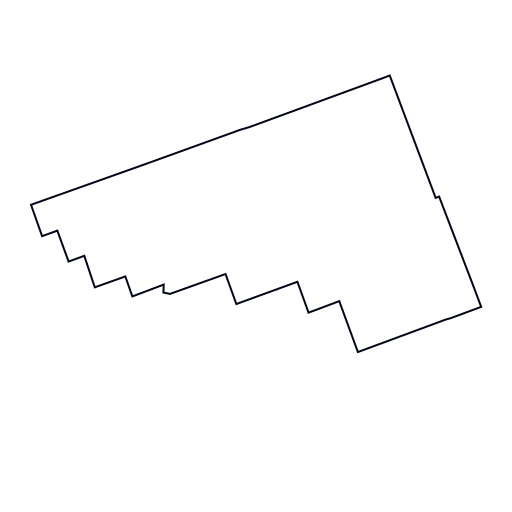 the district of Washakie, Wyoming, United States of America, rotated 340°
{"feature_id": "52423323B98005651904481", "entity_name": "Washakie", "entity_type": "district", "adm_level": 2, "iso_a3": "USA", "parent_name": "United States of America", "parent_adm1": "Wyoming", "projection": "orthographic", "projection_center": [-107.8, 43.834], "detail": "fine", "context": "isolated", "style": "outline", "palette": "ink", "viewbox_px": 512, "rotation_deg": 340, "n_neighbors": 0, "source": "geoboundaries", "source_scale": "gbopen_adm2", "svg_char_len": 520}
<svg xmlns="http://www.w3.org/2000/svg" viewBox="0 0 512 512"><g transform="rotate(340 256 256)"><path d="M450.2,380.8L450.0,360.1L448.4,262.8L444.7,262.8L443.4,132.1L438.5,132.2L294.2,132.6L284.3,132.0L185.4,131.8L62.1,130.9L61.8,164.2L78.0,164.2L78.0,197.1L94.7,197.1L93.8,230.3L126.2,230.5L126.0,251.7L159.5,251.3L156.5,258.7L162.2,262.2L221.2,262.5L221.1,294.4L286.1,294.4L286.0,327.2L318.8,326.9L318.9,381.1L335.2,381.0L412.3,380.6L417.8,381.0L450.2,380.8Z" fill="none" stroke="#020617" stroke-width="2"/></g></svg>